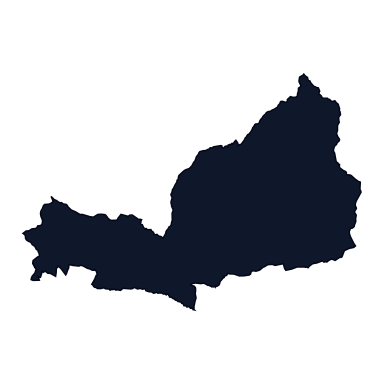 outline of Agas, Bacau, Romania
{"feature_id": "2599482B91391113599232", "entity_name": "Agas", "entity_type": "district", "adm_level": 2, "iso_a3": "ROU", "parent_name": "Romania", "parent_adm1": "Bacau", "projection": "albers", "projection_center": [26.147, 46.468], "detail": "fine", "context": "isolated", "style": "filled", "palette": "ink", "viewbox_px": 384, "rotation_deg": 0, "n_neighbors": 0, "source": "geoboundaries", "source_scale": "gbopen_adm2", "svg_char_len": 5981}
<svg xmlns="http://www.w3.org/2000/svg" viewBox="0 0 384 384"><path d="M194.3,309.9L194.0,309.6L194.0,306.3L195.3,300.1L195.8,299.0L196.0,297.4L195.2,293.8L195.6,290.8L195.5,288.1L195.1,287.2L193.9,286.0L191.2,285.5L190.5,284.8L192.8,283.5L195.3,283.0L200.8,283.6L203.3,283.2L204.9,283.6L207.9,285.4L208.7,285.2L210.5,286.2L211.3,286.3L211.6,286.8L213.4,286.9L214.6,286.4L215.2,287.1L215.3,286.6L216.9,286.3L218.8,285.1L219.7,283.7L219.5,283.3L220.2,281.5L223.0,278.1L224.2,277.4L224.2,277.0L223.5,276.9L223.7,276.6L226.7,275.3L227.6,273.4L229.6,273.9L233.8,274.0L239.4,275.9L244.0,275.8L249.3,275.0L250.5,274.1L251.0,272.1L252.6,270.7L256.0,271.2L258.8,270.4L259.9,269.9L263.4,267.0L265.1,266.5L266.2,265.5L268.4,264.6L272.4,264.4L275.1,265.4L283.3,263.7L284.6,268.4L285.8,270.3L291.8,269.0L297.0,267.0L304.6,267.0L305.5,267.3L306.1,266.9L308.1,267.7L309.3,266.2L312.6,263.7L316.7,263.0L322.4,260.9L324.0,262.1L325.5,261.7L326.9,262.0L328.8,260.4L331.6,259.0L335.2,260.4L339.6,257.4L341.3,257.3L342.0,256.8L344.2,251.0L345.2,250.2L349.3,248.4L353.8,247.4L355.5,245.9L353.8,243.5L350.3,236.4L349.5,234.0L349.2,231.7L350.4,228.5L352.6,228.0L354.2,226.5L354.4,225.1L355.8,221.4L355.6,218.9L356.2,215.2L355.8,214.2L354.8,213.0L354.6,211.9L354.6,211.4L356.4,208.5L356.3,207.8L355.3,205.6L355.3,203.7L356.2,201.0L361.0,192.3L360.8,191.0L359.9,189.3L360.3,182.1L358.5,181.5L355.0,179.0L351.1,175.4L349.0,174.8L346.8,174.9L346.4,174.5L346.4,172.7L345.8,171.7L342.7,170.1L339.6,167.6L339.4,167.3L339.5,164.4L338.6,164.3L337.7,162.7L336.5,162.1L336.1,161.3L334.6,153.1L333.4,151.0L333.8,148.2L335.0,145.5L336.4,144.6L337.2,142.7L339.0,141.1L339.4,140.2L339.5,139.3L337.7,136.6L336.5,133.4L337.5,130.5L337.5,125.4L339.2,122.4L338.7,119.4L338.7,117.6L339.2,116.3L340.2,115.2L340.5,114.3L339.9,111.4L339.2,110.2L339.6,108.8L338.1,104.1L336.1,102.6L335.4,101.2L334.8,100.8L331.7,101.6L329.7,99.5L328.3,99.1L327.3,98.2L323.1,98.2L322.1,97.7L321.3,95.9L319.1,93.9L318.9,93.0L319.7,91.1L318.3,87.8L316.8,87.6L313.5,86.0L310.6,82.6L310.1,81.1L308.8,80.7L308.0,79.8L307.5,77.4L305.1,75.8L303.8,74.1L302.9,75.2L299.6,77.1L299.0,80.6L299.1,81.9L301.0,85.8L300.1,87.0L298.5,88.1L298.3,91.6L297.7,93.0L297.3,95.9L296.9,96.5L295.7,97.2L292.9,97.4L290.5,96.6L287.8,99.1L287.3,99.7L287.4,101.1L286.5,102.2L285.2,102.2L282.5,101.3L280.8,101.5L280.2,102.3L279.9,103.6L278.3,105.2L277.5,107.1L274.6,109.0L271.7,110.3L270.7,111.2L268.2,111.6L266.3,112.6L265.9,113.6L263.3,116.0L261.4,119.0L260.8,119.2L259.7,121.2L259.4,122.9L257.3,124.0L255.9,123.9L254.7,124.7L254.6,125.6L253.7,126.3L253.5,127.1L252.8,127.6L252.0,129.8L250.6,132.1L248.8,134.2L247.5,134.8L247.4,135.7L246.7,136.0L246.1,137.4L245.4,137.7L244.5,139.8L241.0,144.5L240.0,144.5L238.1,145.5L237.9,143.6L237.5,142.6L235.9,140.3L235.0,141.1L232.7,144.3L232.0,143.4L230.6,144.7L229.9,144.4L228.6,145.2L228.3,145.0L227.4,146.7L227.3,146.3L226.2,146.0L224.9,146.5L223.5,148.1L221.6,147.6L221.5,147.1L222.0,146.6L221.7,145.8L220.8,145.6L213.6,146.8L211.9,147.9L210.1,147.8L209.5,148.8L206.6,150.0L205.9,150.6L203.8,150.6L199.9,151.6L199.0,152.7L198.3,154.4L196.4,156.8L195.1,160.7L193.7,162.4L191.9,165.8L189.3,168.5L185.6,169.8L183.9,170.9L179.0,175.4L178.5,176.7L178.1,179.6L177.3,180.0L176.9,181.0L176.9,182.1L175.3,184.5L173.6,188.1L172.5,189.6L171.9,192.5L171.0,194.2L171.0,195.1L172.2,197.7L171.1,201.4L171.0,203.0L171.6,205.1L171.6,206.2L173.1,209.7L173.1,210.6L172.1,213.3L172.3,220.4L171.6,222.2L171.3,224.4L170.6,225.9L169.6,226.8L169.1,226.8L168.3,228.5L166.8,230.3L166.0,231.6L165.7,233.5L163.1,238.1L160.9,236.5L158.8,236.1L157.0,234.4L154.6,234.8L153.2,232.0L151.9,231.3L150.9,229.6L147.0,229.6L146.4,228.6L145.9,228.5L145.4,229.3L145.0,229.2L143.5,227.3L142.3,224.7L140.5,224.1L140.3,223.3L140.9,222.3L140.8,221.4L141.6,219.7L140.2,219.3L138.5,219.4L132.3,215.0L129.6,215.2L127.9,216.7L127.7,216.2L121.0,214.4L118.1,218.1L117.3,219.7L116.6,220.2L110.8,220.4L108.4,218.7L105.9,215.3L104.8,214.6L100.7,214.2L97.7,214.5L93.7,217.0L92.9,217.1L90.0,216.7L82.6,214.5L80.0,214.5L75.6,211.9L71.3,210.0L68.0,206.9L67.2,205.3L66.1,204.4L63.0,203.9L61.6,202.6L60.2,202.8L58.8,202.3L56.6,200.6L54.1,199.5L51.1,196.4L52.8,200.3L52.9,201.4L52.7,201.9L51.3,203.1L49.2,204.1L44.5,204.5L43.4,205.9L42.1,209.2L41.1,210.6L40.5,213.2L40.6,214.3L40.9,216.1L42.6,220.5L42.3,223.2L41.7,224.9L39.8,225.7L37.7,225.9L36.8,227.8L35.5,228.5L31.9,228.9L29.0,230.8L26.1,231.0L23.0,233.4L24.7,234.6L25.3,235.7L25.6,238.5L26.5,240.0L28.6,241.4L30.9,242.3L32.2,244.6L34.8,246.3L36.4,249.4L38.1,250.4L38.1,251.5L39.0,253.1L39.5,256.2L37.5,257.0L33.1,260.5L32.7,263.5L34.3,266.4L34.6,266.3L34.7,266.7L34.5,266.8L34.7,267.4L36.0,268.9L36.1,269.5L34.8,273.2L32.4,275.9L31.6,277.5L31.1,279.6L33.1,280.4L39.3,280.2L38.1,276.7L39.2,277.5L40.4,277.3L41.4,274.5L42.1,271.1L43.2,272.3L44.8,271.4L45.7,271.5L47.9,273.3L50.2,273.3L55.6,276.3L56.2,272.3L56.3,268.6L57.7,267.0L58.0,266.0L60.9,268.4L65.7,274.9L66.4,273.8L67.4,270.7L68.7,267.9L68.8,265.3L69.7,264.6L70.3,265.0L71.0,264.6L71.9,265.3L79.0,266.1L79.9,265.4L82.4,265.6L87.4,268.3L90.5,269.2L91.9,270.1L94.8,270.3L95.0,270.7L95.0,269.8L95.6,270.2L97.2,273.2L96.9,273.3L97.2,274.8L96.2,275.4L94.8,279.0L91.8,284.3L92.9,285.0L93.5,286.2L94.5,287.2L96.3,287.6L97.3,288.5L100.7,288.6L103.9,287.8L105.5,288.8L109.4,289.1L110.0,290.1L110.6,290.0L110.9,289.4L112.3,289.6L115.1,289.2L115.5,289.4L115.3,289.7L115.7,290.1L117.5,289.8L120.5,290.4L123.0,288.3L130.8,288.9L132.8,288.5L133.6,287.7L134.5,287.5L137.7,289.0L140.0,288.4L142.5,289.2L144.7,288.7L145.3,289.2L145.9,290.7L149.2,291.8L151.5,291.8L153.5,293.2L154.5,293.1L156.6,292.0L157.4,293.1L161.6,293.0L163.5,294.1L164.8,293.8L166.2,294.9L168.0,294.0L168.6,294.6L168.8,295.5L169.3,295.8L169.5,297.0L172.2,297.5L172.6,298.4L174.2,298.9L175.4,300.1L177.1,300.5L177.8,301.4L181.2,302.2L181.6,303.3L183.4,304.0L183.9,305.7L186.1,305.9L187.0,307.1L188.7,306.5L189.8,307.3L190.3,308.2L192.6,308.5L193.0,309.6L194.3,309.9Z" fill="#0f172a" stroke="#020617" stroke-width="1.5"/></svg>